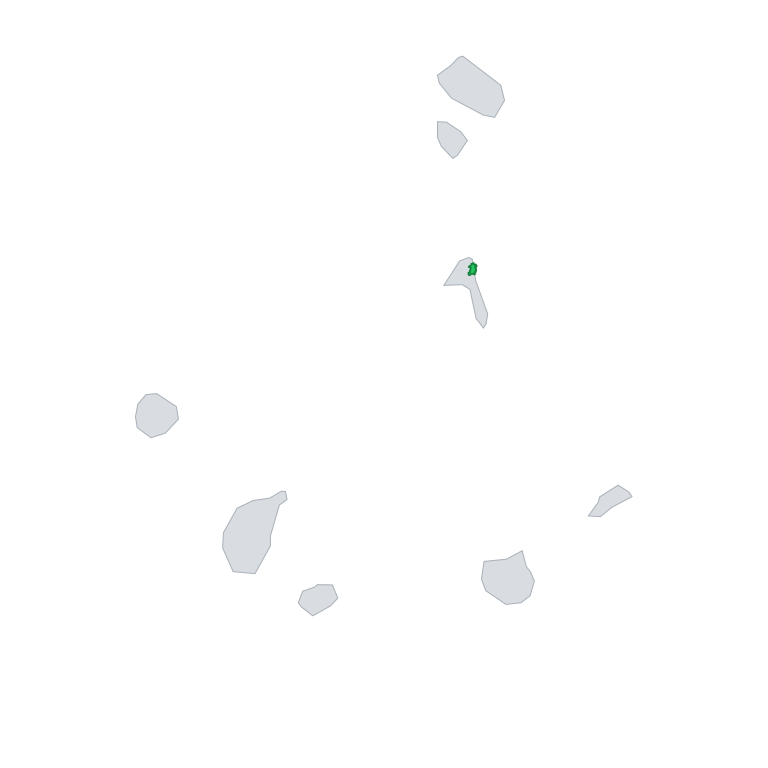 Nossa Senhora Da Lapa, Ribeira Brava, Cabo Verde (highlighted), rotated 63°
{"feature_id": "66160863B12848359802416", "entity_name": "Nossa Senhora Da Lapa", "entity_type": "district", "adm_level": 2, "iso_a3": "CPV", "parent_name": "Cabo Verde", "parent_adm1": "Ribeira Brava", "projection": "orthographic", "projection_center": [-24.326, 16.654], "detail": "fine", "context": "in_parent", "style": "filled", "palette": "green", "viewbox_px": 768, "rotation_deg": 63, "n_neighbors": 0, "source": "geoboundaries", "source_scale": "gbopen_adm2", "svg_char_len": 3983}
<svg xmlns="http://www.w3.org/2000/svg" viewBox="0 0 768 768"><g transform="rotate(63 384 384)"><path d="M494.4,585.0L482.7,603.6L456.9,602.2L443.6,594.6L428.0,571.4L428.4,553.4L433.8,537.7L432.9,524.2L435.0,520.6L443.0,522.9L444.3,532.1L467.9,554.3L476.6,558.6L494.4,585.0ZM159.9,194.1L141.0,198.2L133.1,196.2L130.6,180.1L126.9,169.5L127.7,164.9L170.9,144.3L186.1,147.9L196.6,164.4L189.4,173.5L159.9,194.1ZM595.3,336.6L611.5,340.1L617.6,338.8L627.9,339.5L639.0,350.0L641.1,361.2L635.8,375.4L614.5,387.1L602.2,385.8L587.5,375.4L595.7,354.5L595.3,336.6ZM326.1,616.0L310.9,623.7L300.3,620.3L290.2,612.4L285.4,600.9L289.3,591.0L309.8,579.3L322.0,583.1L328.5,601.2L326.1,616.0ZM368.7,259.8L376.7,265.7L379.3,270.0L367.5,272.2L338.7,264.5L331.0,269.2L323.3,285.9L308.7,260.7L309.7,251.4L312.8,248.7L333.2,255.3L368.7,259.8ZM545.3,558.8L539.9,559.6L531.7,550.5L533.5,537.9L532.5,534.6L539.6,521.2L553.8,522.3L557.4,532.2L558.2,552.7L545.3,558.8ZM214.3,220.2L198.5,225.0L188.7,224.4L174.6,217.2L179.0,209.5L194.3,201.0L204.9,199.2L213.4,214.5L214.3,220.2ZM600.4,251.5L594.3,261.8L586.6,246.7L582.5,243.2L580.4,221.4L591.5,214.8L596.9,214.2L597.3,236.7L600.4,251.5Z" fill="#d9dde1" stroke="#a8b0b8" stroke-width="1"/><path d="M327.5,253.7L327.4,253.8L327.3,253.7L327.3,253.4L327.2,253.2L326.9,253.0L326.8,252.9L326.7,253.0L326.4,253.0L326.4,252.9L326.3,253.1L326.2,253.0L326.2,252.9L326.1,252.7L326.1,252.4L326.3,252.3L326.2,252.2L326.1,252.3L325.9,252.3L326.0,252.1L325.8,252.1L325.7,252.1L325.8,252.1L325.7,252.1L325.7,251.9L325.6,252.0L325.5,251.9L325.6,251.7L325.6,251.4L325.4,251.4L325.5,251.4L325.4,251.3L325.4,251.2L325.2,251.2L324.9,251.1L325.0,251.0L325.0,250.9L324.9,250.9L324.8,250.6L324.7,250.7L324.6,250.4L324.4,250.3L324.2,250.3L324.3,250.3L324.3,250.2L324.2,250.2L323.9,249.9L323.7,250.0L323.5,249.9L323.3,249.8L323.3,249.7L323.2,249.7L323.0,249.8L322.9,249.8L322.8,249.7L322.7,249.7L322.7,249.8L322.6,249.7L322.4,249.7L322.2,249.6L322.1,249.4L322.0,249.5L321.9,249.5L321.7,249.7L321.6,249.4L321.5,249.5L321.4,249.6L321.1,249.6L320.9,249.3L321.0,249.3L321.0,249.2L320.9,249.2L321.0,248.9L321.0,248.7L321.0,248.4L321.0,248.5L320.9,248.5L320.9,248.3L320.7,248.4L320.4,248.2L320.4,248.3L320.4,248.1L320.3,248.3L320.3,248.1L320.2,248.2L320.3,248.1L320.2,248.1L319.9,248.2L319.8,248.3L319.8,248.1L319.7,248.1L319.4,247.9L319.2,247.9L319.2,248.0L319.3,248.0L319.2,248.1L319.0,248.3L318.9,248.3L318.9,248.5L318.7,248.6L318.4,249.0L318.4,248.9L318.4,249.1L318.2,249.1L318.0,249.3L317.9,249.4L317.9,249.5L317.7,249.7L317.5,249.8L317.3,249.8L317.2,249.7L317.2,249.8L316.9,250.0L316.8,249.9L316.8,250.1L316.8,250.4L316.9,250.5L317.0,250.7L317.0,250.8L316.9,250.9L316.8,251.0L317.0,251.3L316.9,251.4L317.0,251.4L317.0,251.5L317.3,252.0L317.8,252.5L317.8,252.8L317.6,252.9L317.6,253.0L317.5,253.4L317.6,253.5L317.8,253.6L317.8,253.9L317.8,254.2L317.7,254.4L317.7,254.6L317.8,254.8L317.9,255.0L318.0,255.3L318.4,255.4L318.4,255.1L318.5,255.0L318.6,254.9L318.8,254.7L318.9,254.4L319.0,254.3L319.2,254.2L319.4,254.0L319.8,253.7L319.9,253.8L319.9,254.0L320.0,254.2L319.9,254.3L320.1,254.4L320.1,254.5L320.5,254.7L320.8,254.7L321.0,254.6L321.2,254.8L321.3,254.9L321.6,254.9L321.6,255.1L321.6,255.3L321.6,255.5L321.6,255.8L321.8,255.9L321.9,256.0L322.0,256.0L322.3,256.2L322.3,256.3L322.5,256.3L322.6,256.5L323.0,256.6L323.3,256.4L323.5,256.5L323.8,256.7L324.0,256.9L323.4,257.4L323.3,257.7L323.3,258.0L323.2,258.1L323.3,258.2L323.3,258.3L323.4,258.5L323.5,258.6L323.9,258.7L324.0,258.8L324.4,258.9L324.6,258.9L324.7,259.0L325.0,259.0L325.4,258.8L325.5,258.8L325.8,258.8L325.9,258.6L326.0,258.5L326.0,258.1L326.0,257.9L325.9,257.8L325.9,257.5L325.9,257.4L325.9,257.1L325.8,256.9L325.7,256.8L325.7,256.6L325.7,256.4L325.6,256.2L325.8,255.9L326.2,255.4L326.3,255.1L326.2,255.0L326.3,254.9L326.3,254.6L326.4,254.4L326.4,254.2L326.3,253.9L326.5,253.8L326.6,253.6L326.8,253.6L327.0,253.6L327.1,253.8L327.4,253.8L327.5,253.8L327.5,253.7Z" fill="#22c55e" stroke="#15803d" stroke-width="1.5"/></g></svg>